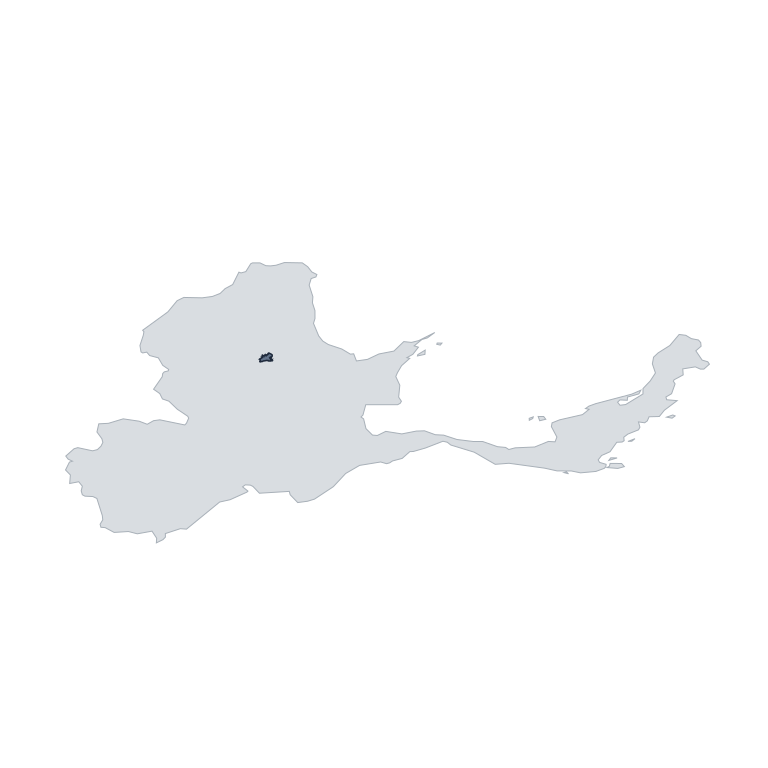 Prathai, Nakhon Ratchasima, Thailand (highlighted), rotated 264°
{"feature_id": "78962969B10005729924667", "entity_name": "Prathai", "entity_type": "district", "adm_level": 2, "iso_a3": "THA", "parent_name": "Thailand", "parent_adm1": "Nakhon Ratchasima", "projection": "equal_earth", "projection_center": [102.699, 15.58], "detail": "fine", "context": "in_parent", "style": "filled", "palette": "slate", "viewbox_px": 768, "rotation_deg": 264, "n_neighbors": 0, "source": "geoboundaries", "source_scale": "gbopen_adm2", "svg_char_len": 6537}
<svg xmlns="http://www.w3.org/2000/svg" viewBox="0 0 768 768"><g transform="rotate(264 384 384)"><path d="M339.2,63.0L339.8,66.1L342.3,62.0L345.6,60.0L352.0,69.0L352.7,72.8L348.0,87.2L348.7,92.1L351.7,96.0L355.3,98.3L359.1,97.7L366.3,93.5L374.2,96.2L373.7,105.8L376.6,121.0L372.6,136.6L368.7,144.3L371.6,151.0L371.8,157.3L364.1,181.6L365.7,183.5L370.5,186.2L372.5,185.4L380.5,175.8L389.4,168.3L392.3,162.1L397.9,160.0L402.9,154.3L414.4,164.2L417.5,165.0L419.0,166.7L419.6,170.8L421.0,171.4L425.7,165.9L433.6,162.3L436.8,153.9L440.5,151.4L440.1,147.3L441.3,145.7L447.8,145.3L457.6,149.7L461.1,150.7L462.7,149.6L478.3,176.6L488.5,187.0L491.0,194.0L488.7,212.2L489.0,222.5L491.2,230.5L495.5,236.0L498.7,243.9L510.4,251.4L509.4,253.4L510.2,258.3L517.5,264.0L518.2,265.9L517.4,273.3L514.0,278.9L513.3,283.5L513.4,289.1L515.2,297.7L513.0,315.4L508.6,320.4L503.0,323.9L499.9,328.7L497.6,327.5L496.5,322.6L490.2,319.9L478.2,322.4L472.2,321.3L464.2,323.0L456.3,322.2L451.7,320.2L438.6,324.1L433.1,327.6L429.1,332.7L423.2,345.7L417.2,353.7L417.2,357.0L409.8,359.0L410.2,370.1L414.4,382.1L415.7,397.3L424.1,408.1L422.5,415.6L423.5,423.0L429.9,439.9L425.3,431.9L424.3,426.4L418.8,418.0L417.0,422.1L410.5,415.8L407.8,409.5L406.8,412.3L400.4,403.4L393.9,398.6L390.2,396.5L381.1,399.6L369.4,397.2L365.0,399.5L363.1,398.1L362.0,395.4L365.3,363.7L355.3,359.8L353.6,357.7L351.4,360.1L341.5,361.4L334.4,367.2L333.5,372.0L336.7,380.8L332.5,396.5L333.8,411.3L333.2,419.4L328.2,429.7L326.9,438.0L321.2,450.7L317.5,466.7L316.5,476.1L309.8,490.3L308.2,498.3L305.8,501.3L306.8,507.7L305.6,527.3L309.7,541.5L308.6,548.1L313.2,550.4L324.1,546.0L327.8,547.1L330.0,554.9L332.8,578.2L337.4,585.3L338.5,581.8L340.6,585.5L342.3,592.4L348.0,629.2L351.0,638.8L347.5,636.4L345.6,624.8L342.4,624.3L343.5,617.0L341.5,614.4L338.2,616.5L338.3,622.2L347.0,640.5L352.4,641.1L359.2,649.1L366.6,655.1L376.0,653.0L382.5,654.9L386.3,659.9L392.4,672.3L402.4,682.7L400.9,689.2L397.0,694.4L394.9,701.3L392.1,703.3L388.4,703.3L384.4,697.6L374.5,702.9L372.3,708.3L369.7,709.7L365.4,703.7L365.7,700.3L368.5,695.4L367.8,682.7L361.8,682.5L357.9,673.0L356.6,672.0L353.7,673.5L344.3,669.0L341.6,663.0L338.8,663.5L336.8,673.8L328.6,660.1L322.9,654.4L323.7,644.2L319.8,642.0L318.2,639.2L319.7,633.1L314.3,634.0L311.8,632.3L308.7,621.3L306.0,616.9L302.5,616.9L301.4,614.8L301.7,609.4L293.0,601.7L290.2,593.0L286.2,589.1L283.5,590.2L280.9,596.5L278.9,596.1L277.1,594.3L274.9,585.6L275.1,570.2L277.9,561.3L279.5,547.0L283.5,535.0L292.1,500.0L292.5,486.2L306.8,466.5L316.3,444.1L319.5,440.8L320.9,436.6L316.0,418.5L313.8,406.0L314.1,402.7L308.1,394.3L306.6,384.5L305.0,381.4L304.5,378.2L306.8,372.5L305.6,351.2L299.0,336.5L287.2,322.9L276.8,302.9L275.4,295.8L275.1,285.8L283.7,279.1L287.1,278.6L288.4,248.7L295.8,243.0L297.4,240.5L298.2,235.5L296.5,232.6L291.7,237.5L290.8,236.4L285.0,218.8L283.8,208.2L260.3,172.4L261.4,166.3L258.1,150.9L254.6,150.6L252.3,147.9L249.8,141.0L254.4,141.8L261.9,137.9L260.8,123.0L264.0,114.4L264.6,100.1L270.3,91.7L271.1,87.5L274.2,87.0L278.3,90.1L282.6,90.1L300.2,86.5L302.5,82.7L303.7,74.9L305.4,72.4L309.4,71.7L313.9,73.3L318.7,70.2L317.9,61.0L326.3,62.6L331.8,58.3L339.2,63.0ZM281.4,600.6L280.1,612.0L276.7,614.4L275.6,607.7L277.6,597.0L278.6,599.5L281.4,600.6ZM335.6,533.9L335.0,539.4L332.0,541.2L331.2,535.0L335.6,533.9ZM409.7,420.7L413.4,428.5L409.2,427.8L408.4,420.2L409.7,420.7ZM321.8,670.2L319.9,666.9L321.5,661.6L323.0,668.0L321.8,670.2ZM286.9,601.8L286.1,608.1L284.5,599.6L286.9,601.8ZM335.7,529.0L334.1,528.3L332.7,524.7L334.7,524.8L335.7,529.0ZM301.4,620.6L303.4,627.9L301.2,624.5L301.4,620.6ZM419.2,441.2L418.6,445.9L416.8,444.0L418.0,440.6L419.2,441.2ZM277.5,556.3L275.4,558.1L277.1,553.7L277.5,556.3Z" fill="#d9dde1" stroke="#a8b0b8" stroke-width="1"/><path d="M424.8,266.9L424.7,266.9L424.8,266.8L424.9,266.7L424.7,266.5L424.8,266.5L424.8,266.4L424.7,266.3L424.8,266.2L424.7,266.2L424.4,266.1L424.2,266.0L424.1,265.9L424.0,265.7L423.9,265.7L423.8,265.4L423.7,265.4L423.4,265.4L423.4,265.5L423.4,265.4L423.3,265.5L423.3,265.4L423.2,265.5L423.1,265.4L423.1,265.5L422.9,265.5L422.8,265.4L422.7,265.3L422.7,265.2L422.7,264.9L422.5,264.6L422.4,264.6L422.3,264.4L422.2,264.2L421.9,263.9L421.9,263.7L422.0,263.7L421.9,263.5L421.9,263.4L422.0,263.5L422.0,263.4L422.0,263.2L421.9,263.0L421.8,262.9L421.7,262.9L421.4,263.0L421.3,263.3L421.3,263.2L421.2,263.3L420.8,263.3L420.7,263.3L420.4,263.3L420.2,263.4L420.2,263.2L419.9,263.1L419.7,263.1L419.6,262.9L419.4,262.8L419.2,262.8L419.1,263.0L418.9,263.4L418.9,263.5L419.2,265.0L419.1,265.3L419.1,265.6L419.5,266.3L419.6,266.5L419.5,266.9L419.5,267.6L419.6,268.0L419.5,268.3L419.6,268.5L419.7,268.8L419.7,269.0L419.7,269.3L419.8,269.5L419.7,269.7L419.8,269.7L419.7,269.7L419.7,269.9L419.7,270.2L419.6,270.5L419.6,270.8L419.6,271.1L419.5,271.3L419.4,271.3L419.2,271.4L419.2,271.6L418.9,271.9L418.8,272.0L418.9,272.3L418.9,272.8L418.9,273.0L418.7,273.2L418.7,273.3L418.7,273.5L418.8,273.7L418.8,273.8L419.0,273.9L418.9,274.4L418.8,274.5L419.0,275.3L419.1,275.2L419.3,275.1L419.5,275.2L419.4,275.0L419.5,275.0L419.4,275.0L419.5,274.9L419.5,275.0L419.6,274.8L419.5,274.7L419.6,274.8L419.7,274.6L419.8,274.6L419.8,274.4L419.9,274.5L420.0,274.4L419.9,274.4L420.0,274.3L420.1,274.2L420.2,274.3L420.3,274.2L420.3,274.3L420.2,274.3L420.3,274.4L420.5,274.4L420.7,274.2L420.8,274.1L421.0,274.1L421.3,273.9L421.3,274.0L421.3,273.9L421.5,273.9L421.6,274.0L421.6,273.9L421.7,274.0L421.8,274.0L421.7,273.9L421.8,273.9L421.8,274.0L421.9,273.9L422.0,274.0L422.0,273.9L422.2,273.7L422.2,273.8L422.3,273.8L422.3,273.7L422.3,273.8L422.3,273.7L422.5,273.5L422.5,273.4L422.6,273.7L422.6,273.8L422.7,274.0L422.5,274.4L422.3,274.7L422.3,274.8L423.2,275.6L423.8,275.8L424.2,275.8L424.5,275.8L424.7,275.7L424.8,275.7L425.0,275.4L425.3,275.2L426.8,272.9L426.9,272.7L426.6,272.3L426.5,272.5L426.4,272.5L426.4,272.4L426.4,272.2L426.2,272.3L426.0,272.2L425.9,272.0L426.0,272.0L425.9,271.9L426.0,271.9L425.9,271.9L425.9,271.7L425.7,271.6L425.4,271.4L425.5,271.3L425.4,271.1L425.5,271.1L425.4,271.1L425.3,270.9L425.3,270.7L425.2,270.7L425.2,270.8L425.2,270.7L425.3,270.5L425.3,270.3L425.2,270.3L425.0,270.2L424.9,270.1L424.9,269.9L425.0,269.8L424.9,269.8L425.0,269.7L424.9,269.6L425.0,269.5L425.0,269.4L424.9,269.3L424.9,269.2L425.0,269.1L424.9,268.9L425.0,268.9L424.9,268.8L424.8,268.7L424.8,268.4L424.9,268.5L424.9,268.4L424.8,268.2L424.7,268.0L424.8,268.0L424.7,267.9L424.7,267.7L424.6,267.8L424.6,267.6L424.5,267.3L424.4,267.3L424.5,267.2L424.7,266.9L424.7,267.0L424.8,266.9Z" fill="#64748b" stroke="#1e293b" stroke-width="1.5"/></g></svg>